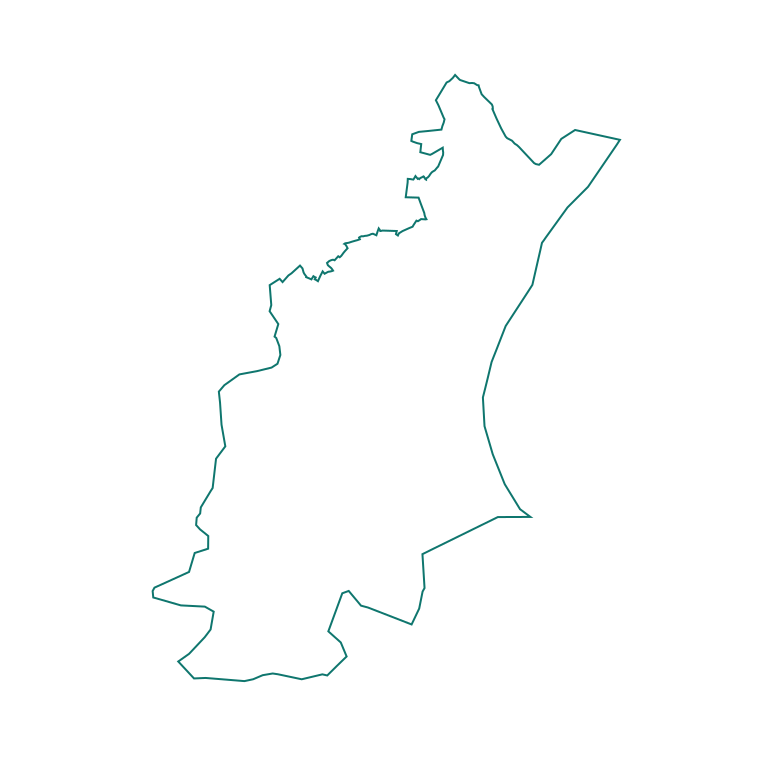 outline of Osisioma Ngwa, Abia, Nigeria, rotated 187°
{"feature_id": "59680162B33112577829488", "entity_name": "Osisioma Ngwa", "entity_type": "district", "adm_level": 2, "iso_a3": "NGA", "parent_name": "Nigeria", "parent_adm1": "Abia", "projection": "mercator", "projection_center": [7.331, 5.172], "detail": "fine", "context": "isolated", "style": "outline", "palette": "teal", "viewbox_px": 768, "rotation_deg": 187, "n_neighbors": 0, "source": "geoboundaries", "source_scale": "gbopen_adm2", "svg_char_len": 3548}
<svg xmlns="http://www.w3.org/2000/svg" viewBox="0 0 768 768"><g transform="rotate(187 384 384)"><path d="M179.6,655.1L225.3,659.4L237.9,648.9L246.1,632.5L256.8,620.5L260.1,620.8L262.0,621.6L279.0,635.8L281.1,637.3L283.6,638.5L286.6,641.1L287.4,641.4L291.7,643.0L293.4,644.4L298.8,651.9L304.6,661.1L309.9,670.1L309.5,670.4L310.0,672.8L311.0,674.6L319.6,681.1L322.4,683.5L324.1,686.8L325.9,690.3L326.5,692.0L327.9,692.0L328.4,692.2L331.1,693.5L333.3,693.5L335.9,693.0L345.5,695.0L346.5,695.6L351.1,699.4L353.0,696.2L356.1,692.5L357.7,691.5L358.6,690.9L365.0,676.6L367.1,672.0L363.9,667.2L358.9,658.5L357.3,655.7L356.2,654.2L356.6,650.7L357.5,647.1L358.0,643.5L371.5,640.4L380.1,638.5L386.4,635.3L386.5,628.6L385.0,628.1L380.4,627.1L376.3,626.7L376.2,618.5L369.1,617.5L367.8,617.3L366.1,617.1L364.5,618.1L354.5,625.7L353.9,622.5L353.5,621.3L353.3,618.5L356.8,606.3L357.3,605.8L359.6,602.2L361.2,601.0L362.4,599.9L363.6,598.0L364.6,595.9L365.8,594.3L367.2,593.2L367.1,592.0L367.9,592.3L368.1,592.6L368.2,593.0L369.5,594.1L369.5,594.5L369.9,594.8L370.1,594.9L372.1,593.4L372.8,593.1L374.0,591.7L374.5,592.1L374.8,592.2L375.5,591.7L375.9,592.1L377.2,593.3L378.1,594.2L379.3,591.4L379.8,590.5L380.9,590.5L382.7,590.6L385.4,590.5L385.1,586.7L385.2,572.0L372.4,573.2L369.5,567.5L364.9,558.7L364.2,556.4L363.2,554.4L362.0,552.7L363.0,552.4L363.7,552.4L367.3,552.2L368.7,550.9L370.2,549.7L371.7,550.1L373.9,545.7L374.8,543.6L378.2,541.7L384.3,538.0L387.6,535.3L388.3,533.1L390.4,534.2L390.0,537.4L396.6,536.8L404.3,536.1L405.0,535.8L405.8,535.5L406.4,535.4L406.9,536.4L408.2,537.8L408.9,534.8L409.7,530.7L413.3,531.8L415.0,531.2L416.7,530.1L419.1,529.1L421.0,528.7L422.8,528.0L424.1,528.0L425.1,527.5L425.8,527.0L426.6,526.3L426.2,525.6L425.6,524.7L428.0,523.5L430.0,522.7L433.5,521.2L436.0,520.0L437.5,519.5L439.4,519.0L440.0,518.7L440.4,518.3L440.0,518.2L439.2,517.6L438.2,516.5L436.7,514.3L439.0,511.1L440.4,508.9L440.6,508.5L442.0,506.0L443.4,504.4L445.0,505.2L448.1,500.8L449.3,501.1L450.3,501.0L452.0,500.2L453.4,499.3L455.3,497.2L454.2,495.1L453.1,494.3L450.6,492.7L449.4,491.5L448.4,490.3L449.5,489.7L451.4,489.0L452.7,488.7L453.5,488.3L456.4,486.2L458.6,488.3L460.4,483.5L462.1,478.0L463.8,478.9L465.5,479.5L464.8,481.4L465.8,481.7L467.2,482.4L468.8,479.0L471.1,479.7L474.3,480.6L474.2,481.2L476.4,483.5L477.4,484.9L479.0,488.8L481.8,491.3L489.3,482.6L492.1,480.1L497.1,472.8L500.4,475.7L509.5,468.2L505.5,448.6L506.4,442.3L496.2,430.6L498.4,417.7L496.6,416.6L492.5,408.8L490.4,400.2L492.2,391.1L497.6,386.6L511.6,381.3L528.7,375.9L542.3,363.4L547.0,356.3L544.5,345.7L540.3,323.8L533.9,302.8L541.6,289.4L541.4,259.9L543.0,256.6L550.8,239.2L550.7,233.1L553.6,228.5L553.3,221.1L548.9,217.3L539.9,211.7L538.5,199.1L551.3,193.2L554.6,173.7L587.0,153.9L588.4,150.3L587.0,144.0L558.6,139.5L534.7,141.2L525.3,137.3L526.2,119.2L531.1,110.8L544.6,92.4L554.4,83.5L536.7,68.6L525.2,70.5L486.3,72.1L477.9,75.0L468.9,80.2L459.2,83.1L455.0,83.0L454.2,83.0L429.7,80.9L409.8,88.3L404.8,87.8L396.2,98.7L387.9,109.0L395.4,122.2L409.1,131.7L399.9,171.2L393.8,174.3L381.5,162.8L381.1,162.4L379.8,161.2L372.7,160.2L327.3,148.7L321.7,165.4L320.4,182.7L318.9,186.4L325.1,219.8L315.4,226.2L254.8,265.8L222.5,269.9L233.7,276.3L251.9,299.2L252.8,300.8L267.5,327.5L279.1,354.4L284.2,382.7L283.0,392.2L281.8,402.2L279.9,418.9L278.8,423.2L276.3,432.8L274.5,439.9L270.3,456.4L251.9,494.0L249.7,498.6L248.8,500.5L246.2,525.9L245.2,535.4L244.4,543.4L242.8,546.2L241.4,548.9L223.4,581.6L205.5,604.6L182.0,650.1L179.6,655.1Z" fill="none" stroke="#0f766e" stroke-width="2"/></g></svg>